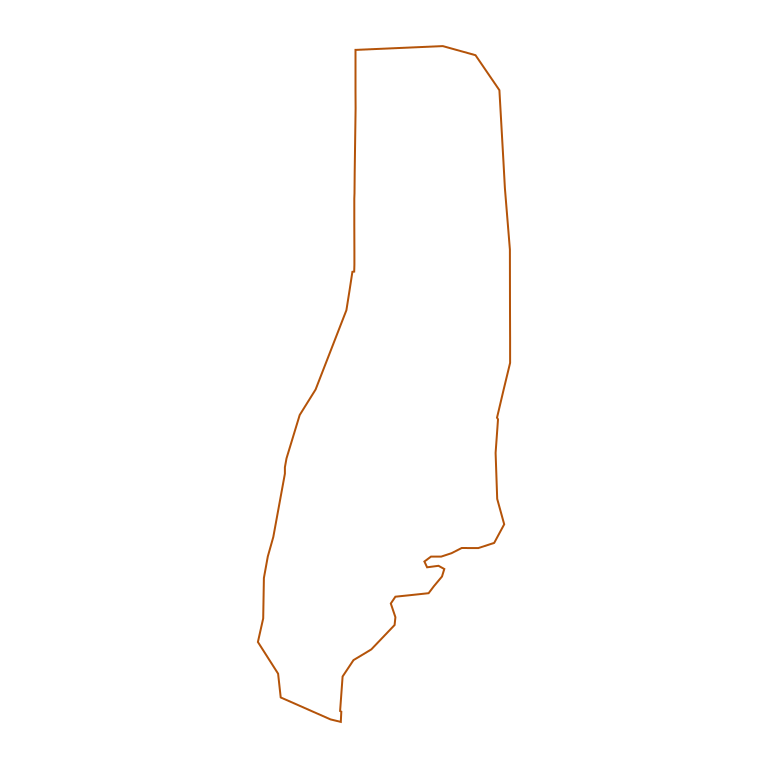 Um Baru, North Darfur, Sudan (Albers equal-area conic projection)
{"feature_id": "16777658B26622342825559", "entity_name": "Um Baru", "entity_type": "district", "adm_level": 2, "iso_a3": "SDN", "parent_name": "Sudan", "parent_adm1": "North Darfur", "projection": "albers", "projection_center": [24.187, 15.315], "detail": "fine", "context": "isolated", "style": "outline", "palette": "amber", "viewbox_px": 768, "rotation_deg": 0, "n_neighbors": 0, "source": "geoboundaries", "source_scale": "gbopen_adm2", "svg_char_len": 1069}
<svg xmlns="http://www.w3.org/2000/svg" viewBox="0 0 768 768"><path d="M497.7,418.7L497.2,418.0L497.0,417.7L498.7,410.6L499.8,405.9L503.5,390.2L505.7,381.1L510.1,362.9L510.1,349.2L510.1,337.2L510.0,310.8L510.0,310.6L509.9,251.7L509.9,250.6L509.9,249.6L504.9,188.2L503.5,162.5L499.4,90.2L475.5,55.2L442.8,46.1L355.8,49.9L355.5,49.9L355.5,91.3L355.6,108.3L354.7,171.9L354.5,193.3L354.3,198.7L354.3,207.4L354.3,224.0L354.4,251.3L354.4,253.8L354.4,264.8L354.2,271.6L352.4,271.8L349.5,290.7L346.4,310.2L315.6,389.5L299.7,415.0L286.5,458.4L284.9,467.3L284.9,473.7L273.3,537.0L267.8,556.5L263.9,578.0L263.2,618.4L257.9,642.0L278.1,673.7L280.7,697.4L280.8,697.5L330.5,719.4L340.8,721.9L341.3,711.7L340.1,711.0L342.6,676.5L353.5,660.1L371.3,649.4L394.6,625.0L395.4,617.2L390.8,603.5L395.4,596.7L409.9,595.2L428.6,593.2L433.9,586.2L442.0,576.5L444.3,569.0L438.5,565.8L427.1,567.3L424.4,561.5L431.0,556.6L441.2,556.6L451.5,553.2L461.7,548.0L478.2,548.1L494.2,542.9L504.2,524.3L497.2,498.9L495.6,452.9L498.0,419.5L497.7,418.7Z" fill="none" stroke="#b45309" stroke-width="2"/></svg>